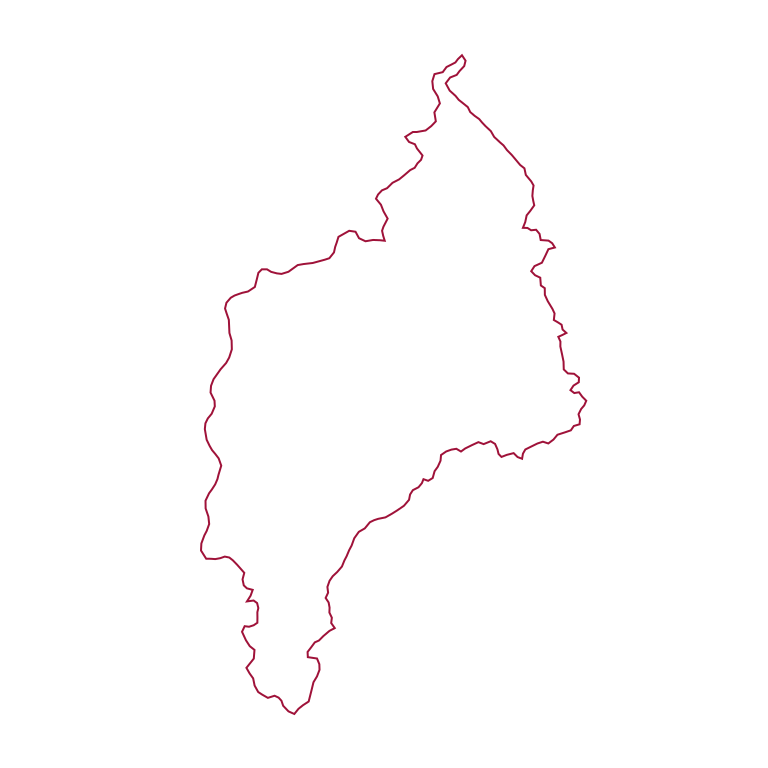 Nova Iguaçu de Goiás, Goiás, Brazil, rotated 174°
{"feature_id": "56859067B16391493114440", "entity_name": "Nova Iguaçu de Goiás", "entity_type": "district", "adm_level": 2, "iso_a3": "BRA", "parent_name": "Brazil", "parent_adm1": "Goiás", "projection": "mercator", "projection_center": [-49.294, -14.309], "detail": "fine", "context": "isolated", "style": "outline", "palette": "rose", "viewbox_px": 768, "rotation_deg": 174, "n_neighbors": 0, "source": "geoboundaries", "source_scale": "gbopen_adm2", "svg_char_len": 3967}
<svg xmlns="http://www.w3.org/2000/svg" viewBox="0 0 768 768"><g transform="rotate(174 384 384)"><path d="M193.7,323.5L192.8,328.2L193.7,333.6L190.5,338.6L187.1,341.8L184.6,346.2L188.2,350.7L190.9,355.4L195.7,355.1L199.2,358.4L195.7,362.6L190.1,365.4L189.4,369.9L193.9,374.3L200.0,375.3L203.7,379.7L203.1,387.5L203.8,394.7L204.7,402.9L204.1,407.8L205.7,412.7L201.5,414.1L197.3,415.7L200.7,419.5L201.2,424.4L204.7,427.2L208.4,429.9L207.0,436.3L208.6,441.0L212.5,449.3L214.7,455.8L214.1,462.5L217.7,465.6L217.5,473.4L222.4,476.4L225.8,480.8L222.0,485.5L214.3,488.1L210.2,494.6L206.4,500.9L199.8,501.9L202.0,506.4L205.4,509.4L213.1,510.8L213.6,517.0L216.6,521.5L221.6,521.5L225.0,524.2L229.5,524.8L226.6,530.3L224.5,536.8L220.5,540.8L215.9,546.0L216.4,550.3L216.8,555.5L215.7,561.3L214.5,565.8L216.4,570.1L221.1,577.1L221.8,583.8L225.7,587.6L232.9,598.3L237.2,603.7L240.2,608.8L243.3,612.1L248.6,618.2L251.3,624.3L256.0,629.7L259.2,633.9L261.6,637.5L265.8,641.2L269.8,645.4L271.7,650.6L275.8,654.7L280.0,658.8L282.7,663.0L288.0,668.9L291.2,676.6L286.2,681.9L279.4,683.8L276.2,687.3L271.0,691.8L269.1,697.0L272.1,702.8L276.5,699.4L279.4,696.3L283.7,694.6L288.7,692.7L293.0,688.0L301.4,686.9L304.3,680.1L304.3,672.3L300.5,664.4L299.1,657.2L305.5,648.9L305.0,639.8L310.0,635.6L316.1,631.8L324.9,631.2L329.0,631.6L337.0,627.6L333.8,622.1L328.2,619.2L326.6,614.8L321.8,607.2L323.7,603.1L327.6,600.0L330.9,595.8L335.6,594.0L341.8,589.7L347.6,585.9L354.5,583.2L360.5,578.4L365.8,576.8L370.1,573.1L372.6,569.1L368.3,562.6L366.4,555.7L363.1,548.1L368.1,540.5L369.9,536.6L369.3,531.4L368.3,526.4L373.0,527.4L379.8,528.4L387.5,527.9L393.6,531.6L396.4,538.4L402.6,540.0L413.9,535.1L416.3,529.5L418.2,525.5L420.0,520.1L425.2,514.8L429.9,513.8L435.4,512.9L442.2,511.8L451.5,511.7L457.4,511.3L461.2,509.1L467.3,505.6L474.4,504.2L478.9,505.2L484.5,507.3L488.4,510.3L493.5,510.8L497.3,507.7L499.7,501.0L502.3,494.0L509.6,490.2L515.4,489.5L519.4,488.6L523.4,487.6L527.4,485.8L532.2,481.3L534.2,475.7L533.1,470.5L531.6,464.0L532.4,450.9L531.0,443.2L531.7,434.4L535.2,426.5L538.8,421.4L544.9,415.8L553.0,406.6L556.2,400.3L557.4,393.6L554.3,385.1L554.6,379.4L558.5,372.4L562.8,368.2L565.7,363.6L566.9,357.9L566.2,347.1L563.9,340.7L561.9,336.2L559.2,332.2L556.2,327.3L554.4,319.8L558.1,311.0L559.6,306.8L562.4,301.8L566.2,297.1L569.4,293.6L573.7,286.6L574.4,278.9L572.5,270.5L572.5,263.0L575.7,256.4L578.5,252.2L582.3,244.5L583.4,237.5L579.1,228.8L574.6,228.3L570.1,227.5L565.0,227.9L560.4,229.0L556.0,227.6L552.8,224.5L548.8,219.4L542.7,210.8L545.1,204.5L544.5,198.4L541.7,195.1L536.1,193.0L538.8,187.4L543.0,182.1L536.3,182.3L533.1,179.4L532.4,174.3L533.8,170.3L534.3,164.9L534.9,159.8L538.8,157.7L543.6,156.7L547.9,157.7L551.1,152.4L548.1,143.6L544.9,137.3L540.6,133.1L542.2,124.5L550.5,116.1L547.9,110.2L544.9,104.9L544.2,97.6L541.3,90.8L537.6,87.8L532.3,84.0L525.4,85.4L521.6,83.1L519.1,79.7L517.9,74.5L513.2,68.4L507.7,65.2L502.9,70.0L498.0,73.1L492.1,76.1L488.2,86.7L485.3,94.8L481.2,100.2L478.0,106.5L477.6,112.1L479.3,118.0L488.3,120.3L488.0,125.5L484.1,129.6L479.8,134.3L475.5,135.7L470.6,139.7L464.0,144.2L458.5,146.4L461.5,151.8L460.3,157.0L462.2,162.4L461.5,167.3L461.9,172.5L464.4,177.3L461.4,182.3L461.5,188.1L458.7,194.0L455.1,198.2L450.2,201.9L444.9,206.9L441.8,212.7L439.2,216.6L436.0,222.4L433.1,226.7L429.7,233.7L424.5,239.6L418.2,242.4L412.5,248.0L408.1,249.6L403.9,250.5L396.5,251.2L389.4,254.3L384.1,256.9L376.9,260.8L371.2,266.2L369.6,271.4L366.4,275.4L360.5,277.7L356.7,281.4L354.7,285.2L350.2,283.1L345.4,285.4L342.8,292.0L339.2,296.0L335.8,301.8L334.7,307.4L329.2,310.4L323.8,311.7L318.8,312.0L314.5,308.8L310.0,311.4L302.7,314.1L296.2,316.3L291.2,313.8L283.9,315.9L279.8,312.8L278.0,307.1L277.4,302.5L274.8,299.2L269.2,300.7L262.3,301.7L258.8,297.4L254.5,295.2L253.1,300.2L250.3,304.1L245.2,306.0L237.6,308.8L232.0,310.0L226.8,307.7L221.3,311.0L216.8,315.4L209.1,317.0L203.0,318.4L199.6,322.4L193.7,323.5Z" fill="none" stroke="#9f1239" stroke-width="2"/></g></svg>